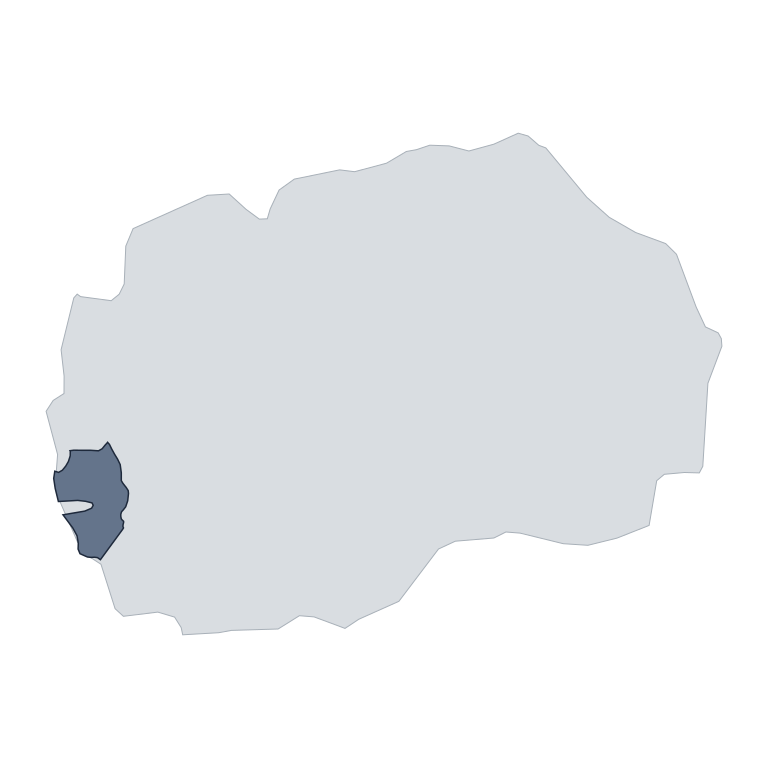 where Struga sits in North Macedonia
{"feature_id": "MKD-4845", "entity_name": "Struga", "entity_type": "Statistical Region", "adm_level": 1, "iso_a3": "MKD", "parent_name": "North Macedonia", "parent_adm1": "", "projection": "natural_earth1", "projection_center": [20.642, 41.252], "detail": "fine", "context": "in_parent", "style": "filled", "palette": "slate", "viewbox_px": 768, "rotation_deg": 0, "n_neighbors": 0, "source": "natural_earth", "source_scale": "10m", "svg_char_len": 1946}
<svg xmlns="http://www.w3.org/2000/svg" viewBox="0 0 768 768"><path d="M339.9,169.9L354.6,171.7L386.5,163.2L406.3,151.5L416.4,149.7L429.8,145.2L449.2,145.9L468.9,151.0L493.8,144.2L518.2,133.2L528.1,136.0L538.8,145.3L545.8,147.9L586.8,197.3L609.2,217.3L635.6,232.5L665.7,243.6L676.5,254.3L696.1,306.9L705.4,326.9L718.2,332.9L721.3,338.6L721.9,346.2L707.9,383.3L702.8,466.3L699.3,472.9L684.3,472.5L664.3,474.3L656.7,480.7L649.1,525.4L617.0,538.1L587.9,545.3L563.3,543.7L520.0,533.1L505.9,532.0L493.9,538.0L455.3,541.2L438.5,549.0L398.9,601.3L358.7,619.3L345.0,628.4L314.1,616.9L299.4,615.7L278.1,629.0L231.4,630.4L218.8,632.7L182.7,634.8L181.2,627.6L174.6,617.1L157.8,612.1L123.4,616.3L115.1,608.7L101.0,564.3L89.9,557.1L77.6,542.2L56.7,494.1L56.2,472.9L57.6,454.5L46.1,411.3L53.2,400.4L64.0,393.5L64.1,376.1L61.1,349.7L73.8,297.9L77.2,294.1L80.5,296.6L111.2,300.7L119.2,294.2L124.2,284.0L125.8,246.1L133.1,228.6L207.4,195.3L229.2,194.0L246.0,209.3L259.3,219.1L267.3,218.8L270.2,208.9L279.1,190.0L294.3,179.1L339.5,169.9L339.9,169.9Z" fill="#d9dde1" stroke="#a8b0b8" stroke-width="1"/><path d="M58.6,472.4L62.4,470.2L65.8,466.0L68.4,461.5L70.2,455.9L70.3,451.4L70.0,450.7L73.8,450.2L82.0,450.3L90.8,450.3L98.5,450.8L102.1,448.8L105.2,445.0L106.9,443.2L107.6,442.3L108.5,443.4L109.2,444.1L109.4,444.3L111.7,449.0L114.5,454.1L117.6,459.2L120.2,464.6L121.3,472.8L121.3,477.3L121.3,480.6L122.9,483.3L124.6,485.5L126.2,487.5L128.2,490.6L128.5,493.5L127.7,500.8L125.7,506.8L123.2,510.0L121.6,511.7L120.8,514.2L120.8,516.4L121.3,518.9L122.2,520.0L123.6,521.3L123.6,522.6L123.1,524.4L122.9,526.4L123.5,527.9L122.6,529.4L100.4,559.7L97.5,557.6L95.1,557.3L94.5,557.2L91.1,557.4L87.5,557.0L85.4,556.1L80.0,553.7L78.1,549.1L78.3,543.2L77.0,535.7L72.8,528.0L63.0,514.8L84.8,511.1L91.6,508.2L93.2,505.3L92.0,502.9L85.6,501.3L77.7,500.4L58.4,501.5L55.2,488.4L53.7,478.4L53.8,477.8L54.8,471.2L58.6,472.4Z" fill="#64748b" stroke="#1e293b" stroke-width="1.5"/></svg>